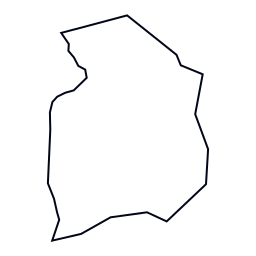 map outline of Skriveru (orthographic projection)
{"feature_id": "LVA-5731", "entity_name": "Skriveru", "entity_type": "Municipality", "adm_level": 1, "iso_a3": "LVA", "parent_name": "Latvia", "parent_adm1": "", "projection": "orthographic", "projection_center": [25.072, 56.673], "detail": "fine", "context": "isolated", "style": "outline", "palette": "ink", "viewbox_px": 256, "rotation_deg": 0, "n_neighbors": 0, "source": "natural_earth", "source_scale": "10m", "svg_char_len": 453}
<svg xmlns="http://www.w3.org/2000/svg" viewBox="0 0 256 256"><path d="M127.1,15.4L176.5,54.8L180.8,65.3L202.7,74.3L195.2,114.2L208.1,149.2L206.0,184.2L166.7,221.4L147.0,212.3L110.6,217.3L81.1,233.9L52.2,240.6L59.2,219.8L57.0,212.0L54.0,198.7L47.9,183.3L50.3,129.7L49.9,112.5L52.4,102.0L57.2,96.7L65.1,92.8L73.7,90.4L86.7,77.8L85.2,69.6L78.3,65.9L73.9,57.4L68.4,50.9L68.8,44.0L61.2,32.9L127.1,15.4Z" fill="none" stroke="#020617" stroke-width="2"/></svg>